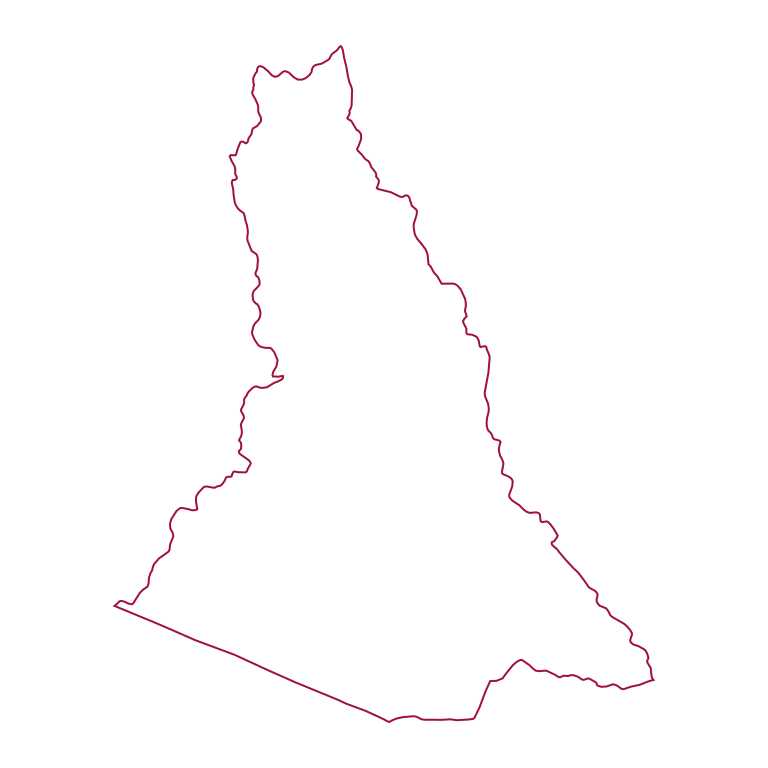 Mwanza, Mwanza, Malawi (orthographic projection)
{"feature_id": "42251766B31446962769453", "entity_name": "Mwanza", "entity_type": "district", "adm_level": 2, "iso_a3": "MWI", "parent_name": "Malawi", "parent_adm1": "Mwanza", "projection": "orthographic", "projection_center": [34.516, -15.608], "detail": "fine", "context": "isolated", "style": "outline", "palette": "rose", "viewbox_px": 768, "rotation_deg": 0, "n_neighbors": 0, "source": "geoboundaries", "source_scale": "gbopen_adm2", "svg_char_len": 6074}
<svg xmlns="http://www.w3.org/2000/svg" viewBox="0 0 768 768"><path d="M389.7,721.9L391.4,720.7L396.0,718.7L402.5,717.2L413.8,716.2L416.8,716.8L421.0,719.1L424.1,719.7L442.5,719.8L450.4,719.3L457.0,720.2L468.5,719.5L473.2,718.9L474.5,717.8L479.5,707.5L485.5,691.4L490.2,681.1L496.6,680.8L502.7,678.3L505.4,674.4L512.8,665.2L516.8,661.8L519.8,660.2L521.4,659.9L522.9,660.6L529.4,665.1L533.0,668.6L535.6,670.6L538.8,671.2L545.4,670.6L547.0,671.0L554.7,674.6L558.8,677.2L560.6,677.2L563.4,675.7L568.4,676.0L570.0,675.3L573.2,675.1L577.9,676.7L581.9,679.5L583.6,679.9L588.2,678.4L589.8,678.9L595.4,682.1L596.6,683.2L596.8,684.8L598.2,685.9L601.4,686.8L606.5,686.5L612.8,684.3L614.6,684.6L617.6,685.9L620.4,688.1L622.0,689.0L623.6,689.2L631.2,686.6L639.7,684.8L648.9,681.2L653.5,680.0L652.1,678.0L651.6,676.3L650.7,668.0L647.3,662.4L647.2,660.7L648.5,657.9L647.1,653.4L645.3,650.3L643.9,649.2L638.2,646.0L633.5,644.6L630.9,642.5L630.2,641.0L630.4,639.3L632.0,634.5L631.8,632.9L630.1,630.0L627.0,626.3L624.4,624.0L612.8,617.3L610.4,615.4L608.1,610.8L605.9,608.2L599.4,605.6L597.4,603.0L596.7,601.4L596.6,599.8L597.6,595.0L597.3,593.5L596.3,592.2L595.1,590.9L589.5,587.8L588.3,586.5L583.4,579.4L578.2,572.6L573.4,568.1L566.2,560.4L559.4,552.4L557.6,549.8L552.4,545.2L551.7,543.7L551.8,542.2L554.3,541.0L557.1,537.2L557.7,535.7L554.1,529.3L550.4,524.3L548.2,522.1L546.9,521.4L542.2,522.1L540.8,521.4L540.4,519.9L540.0,514.8L539.2,513.4L536.3,512.3L529.9,512.9L526.6,511.8L523.9,509.8L519.4,505.3L512.4,500.7L509.9,497.9L509.2,496.3L509.2,494.7L512.2,486.5L512.7,481.3L512.1,479.7L511.1,478.4L508.3,476.4L503.7,474.5L502.3,473.6L501.9,472.1L503.4,463.9L503.2,462.2L501.9,458.9L500.1,455.8L498.9,450.7L498.8,449.1L499.9,443.8L500.6,442.3L499.8,441.0L498.3,440.2L495.1,439.5L493.7,438.9L492.8,437.6L491.7,434.4L490.8,433.0L488.4,430.6L487.6,429.2L486.8,426.1L486.6,422.8L487.0,418.0L488.6,411.8L488.8,408.5L488.1,403.8L485.0,396.1L484.7,392.6L488.4,372.7L489.7,357.3L488.8,354.0L486.8,349.3L486.3,347.0L485.0,346.1L480.4,347.0L479.6,345.7L478.8,340.8L477.3,337.7L476.1,336.5L471.8,334.6L468.6,334.5L467.0,334.0L466.3,332.7L466.4,328.7L463.4,322.8L463.0,321.2L464.5,318.5L466.7,316.3L465.2,311.7L465.0,310.1L465.7,307.1L465.9,303.9L465.2,299.1L460.9,289.7L457.6,285.7L454.8,284.0L453.2,283.6L441.6,283.7L437.4,276.3L434.0,272.6L430.7,266.6L428.5,264.2L427.6,254.5L425.7,249.6L421.7,244.1L417.2,238.8L414.8,234.4L413.7,227.5L413.7,224.2L416.6,214.9L416.9,211.6L416.5,209.8L411.6,205.6L411.0,202.5L410.2,201.1L409.5,198.1L408.7,196.6L407.3,195.5L405.8,195.3L403.0,196.8L401.4,196.9L399.8,196.6L390.9,192.2L378.3,189.1L376.8,188.2L378.9,182.2L378.8,180.6L378.2,179.1L376.1,176.6L376.3,175.1L375.9,173.4L375.2,172.0L371.2,167.0L370.0,163.7L369.2,162.2L368.1,160.9L365.4,159.2L361.2,154.0L357.6,150.5L357.1,148.9L358.6,146.0L360.9,139.7L361.2,138.1L361.0,134.7L360.4,133.1L358.3,130.6L356.8,130.1L351.2,120.8L348.5,119.4L347.3,118.3L349.5,114.1L349.7,112.5L349.3,110.9L350.7,108.5L351.6,105.4L352.1,90.0L351.3,86.7L349.3,81.9L347.8,75.6L346.4,67.1L344.0,57.3L342.9,50.4L341.8,47.4L340.8,46.1L339.4,47.0L337.4,49.8L336.3,50.8L332.4,53.7L331.4,54.9L329.2,59.0L327.9,60.0L321.8,63.6L315.3,65.1L314.0,66.1L312.9,67.2L312.2,68.7L311.5,72.0L309.8,74.7L306.1,77.9L303.3,79.2L301.6,79.6L297.8,79.6L293.6,77.1L288.9,72.6L285.9,71.3L284.4,71.2L283.0,71.8L277.8,76.2L274.8,76.8L271.7,75.2L268.3,71.4L263.2,67.1L260.1,66.1L258.6,66.5L257.6,67.8L257.1,69.4L257.0,71.6L255.9,72.8L253.7,76.9L253.2,78.4L253.4,83.1L254.1,84.5L253.3,87.5L253.4,89.1L252.2,92.1L252.3,93.6L253.0,95.1L255.4,99.3L257.9,105.0L258.3,108.1L258.2,111.2L258.5,112.7L260.6,116.9L261.0,118.4L260.9,121.4L257.0,126.1L253.0,128.4L252.3,129.9L251.3,134.4L248.6,138.2L247.9,141.3L247.1,142.6L245.8,143.3L243.1,141.8L241.6,141.5L240.3,142.3L237.5,149.4L236.2,153.9L235.5,155.3L230.8,155.1L229.7,156.3L231.4,160.6L234.6,166.2L235.3,169.2L235.2,174.0L236.7,176.7L236.8,178.3L235.8,179.5L234.3,180.1L232.7,180.0L232.0,181.5L231.8,183.0L233.2,189.3L233.5,194.1L234.7,202.0L235.8,205.1L237.5,207.9L239.6,210.2L243.4,212.9L244.2,214.3L245.5,220.6L246.9,225.0L247.7,229.7L247.9,232.8L247.2,237.4L247.5,240.6L251.7,251.1L254.4,252.7L256.8,254.7L257.7,257.7L257.9,260.9L257.2,268.8L255.4,273.2L255.7,274.7L256.5,276.1L257.9,276.9L258.7,278.2L259.5,281.2L259.6,284.3L258.9,285.6L253.6,291.2L252.6,294.1L252.6,295.7L253.0,299.6L253.6,301.1L255.8,303.5L257.2,304.1L258.1,305.4L259.4,308.3L260.3,311.4L260.4,314.5L259.7,317.5L259.0,318.9L258.2,320.2L254.9,323.5L253.4,326.3L252.0,332.4L252.2,334.1L254.7,339.9L258.2,345.1L260.8,346.8L262.4,347.2L265.5,347.9L270.1,347.9L271.4,348.7L274.0,351.8L277.2,359.0L277.6,360.5L276.3,366.6L273.2,371.9L272.5,375.0L272.9,376.4L278.3,376.7L282.8,375.9L283.1,377.4L282.4,378.9L281.1,379.8L278.3,381.3L273.8,383.0L266.9,387.3L262.3,387.9L260.7,387.8L256.3,386.4L254.7,386.6L252.1,388.3L248.7,391.7L247.8,392.9L246.5,395.8L244.6,398.2L244.1,399.7L244.1,402.9L243.7,404.4L240.9,409.9L241.3,411.5L243.6,415.6L244.0,418.0L241.2,423.5L240.8,425.0L241.7,429.8L241.9,433.0L241.2,436.1L239.0,440.2L240.9,442.7L241.2,444.2L241.2,447.3L241.0,448.9L240.0,450.1L238.8,451.0L239.1,452.5L239.8,453.9L249.0,460.4L250.8,463.0L250.3,464.5L247.9,468.6L246.8,471.5L245.6,472.4L237.9,472.2L234.8,471.5L233.4,471.9L232.0,474.6L231.7,476.2L230.3,476.8L227.2,476.8L225.9,477.8L224.7,480.7L222.9,483.3L221.9,484.5L219.9,486.0L217.6,486.2L214.9,487.7L213.3,487.7L207.1,486.5L204.0,486.8L198.6,492.5L196.2,496.5L195.9,501.3L197.3,509.0L196.1,510.0L193.0,510.3L191.4,510.1L188.2,509.1L181.8,507.9L180.2,508.1L176.5,511.0L171.3,519.1L170.0,523.7L170.3,528.5L172.6,532.6L173.4,536.2L170.4,543.6L170.0,545.2L169.5,550.0L168.7,551.3L167.5,552.4L159.1,558.3L154.0,564.2L152.8,567.3L152.1,570.4L150.5,573.1L149.0,577.6L148.5,583.9L147.3,586.8L143.3,589.5L139.9,592.8L133.1,603.5L131.7,604.3L128.3,603.5L123.8,601.4L120.6,600.9L119.2,601.5L117.1,603.8L114.5,605.9L160.8,625.1L195.1,640.1L234.5,654.8L269.3,670.8L295.3,682.3L338.1,699.9L346.2,703.7L365.4,710.8L382.8,718.8L388.7,721.9L389.7,721.9Z" fill="none" stroke="#9f1239" stroke-width="2"/></svg>